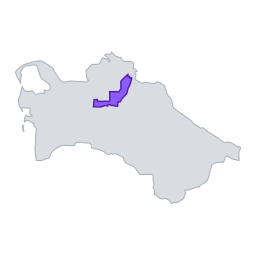 S.A. Nyyazow, Tashauz, Turkmenistan shown in context
{"feature_id": "10190150B78263811448824", "entity_name": "S.A. Nyyazow", "entity_type": "district", "adm_level": 2, "iso_a3": "TKM", "parent_name": "Turkmenistan", "parent_adm1": "Tashauz", "projection": "natural_earth1", "projection_center": [58.86, 40.837], "detail": "fine", "context": "in_parent", "style": "filled", "palette": "violet", "viewbox_px": 256, "rotation_deg": 0, "n_neighbors": 0, "source": "geoboundaries", "source_scale": "gbopen_adm2", "svg_char_len": 4770}
<svg xmlns="http://www.w3.org/2000/svg" viewBox="0 0 256 256"><path d="M70.3,81.0L82.9,81.7L86.7,82.1L88.3,80.4L88.3,80.0L87.7,79.6L86.8,78.4L86.0,70.4L87.1,69.2L88.3,68.4L90.2,65.8L91.1,65.1L92.6,64.4L97.4,64.2L99.4,63.7L101.1,60.9L101.5,59.2L102.8,57.8L103.5,57.9L106.8,59.0L107.5,59.6L108.6,61.7L109.8,61.6L110.0,61.2L109.9,60.8L108.9,59.4L106.9,57.0L104.9,55.5L104.7,55.0L106.4,53.9L109.9,54.4L110.7,54.0L111.6,52.1L116.1,56.4L117.0,56.8L120.6,57.4L121.2,57.9L122.4,60.4L123.7,61.1L125.2,61.6L131.6,61.6L133.6,63.3L133.9,63.7L133.6,64.9L133.5,67.1L132.9,68.0L133.3,68.4L135.6,69.3L136.9,70.8L137.1,71.4L136.7,71.8L135.6,71.6L135.1,72.3L135.1,73.5L135.9,74.6L136.1,75.6L135.0,77.9L135.0,78.9L135.3,79.4L141.1,83.0L142.1,83.1L147.7,82.4L148.7,82.8L153.6,83.6L155.0,83.5L155.9,82.4L156.8,81.9L157.6,81.9L160.0,82.6L162.4,84.1L164.1,85.5L164.9,86.8L167.2,93.7L168.7,96.5L170.5,98.0L171.8,100.7L172.9,106.6L173.6,107.8L176.3,110.1L190.0,119.7L194.2,124.1L200.7,128.2L203.0,127.7L208.1,132.1L211.3,133.8L215.5,136.5L224.2,142.5L226.0,142.7L228.1,141.9L229.9,142.4L233.2,143.9L236.7,146.2L239.7,147.0L240.6,148.1L240.6,148.6L239.0,151.5L238.9,155.3L239.2,160.3L238.4,160.4L232.5,159.0L226.9,155.9L225.6,156.9L225.0,157.9L223.7,162.2L216.2,162.5L211.8,164.6L208.1,178.7L207.2,180.5L204.8,182.8L200.5,185.0L199.9,185.9L199.7,186.8L199.2,187.1L196.8,187.1L187.8,190.1L185.8,190.1L185.0,190.4L184.7,190.9L185.7,193.8L184.9,194.6L184.3,196.0L183.9,198.4L178.0,202.2L176.7,202.7L174.3,202.3L173.1,202.7L171.8,203.9L171.2,203.6L170.9,202.3L170.3,201.5L166.5,198.5L162.3,198.9L160.7,198.7L159.4,198.2L157.4,196.4L156.1,194.7L154.8,194.9L154.4,194.1L154.4,193.2L154.7,192.1L154.6,190.0L153.8,188.4L153.0,187.8L153.9,185.3L153.9,183.5L153.3,181.5L153.0,178.6L153.2,175.8L152.4,174.4L139.8,174.5L135.3,168.0L133.4,166.4L127.2,163.7L125.5,162.2L124.0,160.6L123.7,158.4L123.0,157.0L122.0,156.8L117.1,154.3L115.2,153.6L112.5,154.2L110.9,153.5L109.1,154.5L108.3,154.5L106.3,153.9L103.8,151.6L101.8,150.6L97.4,149.1L94.4,148.7L91.7,147.8L91.4,147.5L91.4,145.5L91.0,144.6L90.2,143.7L89.2,142.9L84.6,143.0L82.4,142.3L80.8,142.1L77.1,142.3L75.9,142.8L75.2,143.4L74.8,145.4L74.4,145.6L70.8,145.7L63.2,145.3L60.0,146.2L55.1,149.2L52.3,151.7L51.4,152.8L49.7,157.2L48.9,157.9L48.0,158.4L47.0,158.5L42.5,160.2L40.7,160.6L36.3,160.4L35.3,153.9L35.0,148.7L35.6,141.5L35.5,137.0L36.3,130.0L36.1,128.3L33.8,125.2L33.5,123.1L32.2,123.0L29.9,121.2L27.7,120.5L26.6,120.4L25.6,120.9L24.8,122.0L24.3,120.3L24.4,118.6L26.2,115.1L27.3,116.1L28.6,116.6L32.0,116.3L31.7,115.1L30.0,113.9L29.7,112.3L29.8,110.7L30.3,109.1L29.8,108.5L29.0,108.1L27.2,108.1L22.4,107.6L21.8,109.4L23.1,111.8L20.9,109.1L19.5,106.2L18.6,102.9L18.5,99.4L20.5,93.6L22.1,86.6L23.9,89.6L25.2,90.9L28.2,91.7L29.7,91.5L31.2,90.8L32.7,91.0L35.0,94.0L36.7,94.4L40.2,93.2L41.8,93.0L43.3,93.5L44.7,93.5L44.1,92.1L43.9,90.7L44.8,89.9L47.5,90.7L49.7,89.9L50.1,89.6L50.3,88.4L50.0,86.0L49.5,85.0L48.3,83.5L43.5,80.2L41.9,78.8L40.5,77.1L38.4,70.1L36.8,65.7L36.2,65.2L33.4,64.8L28.0,65.9L26.1,65.6L25.2,66.1L23.0,68.0L21.9,69.6L20.4,73.2L21.5,74.4L20.5,80.6L20.9,83.2L20.7,83.4L19.2,80.1L17.1,76.9L15.4,71.9L18.6,68.6L21.4,66.3L24.4,64.6L27.5,63.4L34.4,61.6L38.2,61.0L41.2,60.9L43.6,62.0L49.9,66.0L52.7,68.2L53.5,69.1L54.2,71.3L58.8,78.3L59.9,79.3L61.7,81.5L63.4,82.2L70.3,81.0ZM23.9,131.2L23.7,132.1L22.9,129.3L22.5,126.2L23.1,125.3L23.7,125.4L23.1,126.5L23.9,131.2Z" fill="#d9dde1" stroke="#a8b0b8" stroke-width="1"/><path d="M93.4,106.7L95.1,106.8L96.2,106.8L99.7,107.0L99.8,107.0L100.1,106.9L100.1,106.7L101.0,106.6L101.5,106.7L101.6,106.8L102.4,106.4L102.8,106.2L103.0,106.2L103.3,106.0L103.8,105.9L104.8,105.6L106.2,105.6L107.0,105.9L107.6,106.0L107.8,105.5L107.8,105.3L107.9,105.0L108.1,104.9L108.6,104.6L108.8,104.6L109.3,104.5L110.0,104.8L111.1,105.5L112.1,105.3L112.4,105.4L113.0,105.6L113.9,105.7L115.0,105.9L116.5,106.1L117.3,106.4L117.6,106.2L117.8,104.9L117.7,104.5L117.9,102.9L117.9,101.8L118.0,101.8L120.2,101.8L121.4,99.7L121.9,98.9L122.3,98.1L122.8,97.9L123.0,97.8L123.2,97.4L125.9,94.5L126.0,94.4L126.6,93.6L126.8,93.4L127.7,90.1L127.9,88.5L128.6,87.5L129.5,85.6L130.3,83.4L130.8,81.9L131.0,80.6L131.6,79.2L131.6,78.5L131.6,77.9L131.4,77.9L131.2,77.8L130.9,78.1L130.6,78.3L130.0,78.2L129.9,78.1L129.9,77.5L129.6,77.4L129.5,76.3L129.0,76.4L129.0,76.5L128.6,76.5L128.2,76.6L127.9,76.5L127.9,76.4L127.9,75.8L127.9,75.3L127.9,74.8L127.9,74.5L127.9,74.4L127.7,74.5L121.8,80.2L120.9,81.2L120.9,83.2L120.9,87.0L120.9,88.7L119.0,91.7L118.9,91.7L112.2,91.7L109.7,91.7L109.7,99.0L109.8,101.1L107.3,101.4L105.4,101.2L103.0,101.3L102.7,101.5L99.3,101.4L99.2,101.2L97.4,101.2L97.4,100.7L97.4,99.5L96.0,99.6L94.0,99.6L94.0,101.6L93.9,101.7L93.8,102.0L93.7,106.0L93.4,106.7L93.4,106.7Z" fill="#8b5cf6" stroke="#5b21b6" stroke-width="1.5"/></svg>